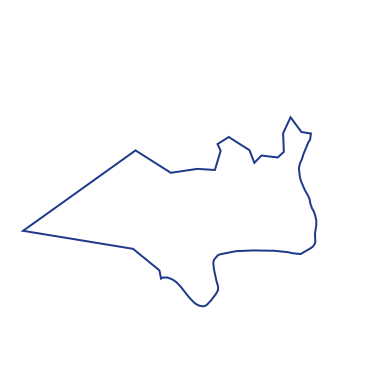 Hancock, Kentucky, United States of America, rotated 117°
{"feature_id": "52423323B75226033138099", "entity_name": "Hancock", "entity_type": "district", "adm_level": 2, "iso_a3": "USA", "parent_name": "United States of America", "parent_adm1": "Kentucky", "projection": "mercator", "projection_center": [-86.797, 37.827], "detail": "fine", "context": "isolated", "style": "outline", "palette": "blue", "viewbox_px": 384, "rotation_deg": 117, "n_neighbors": 0, "source": "geoboundaries", "source_scale": "gbopen_adm2", "svg_char_len": 1029}
<svg xmlns="http://www.w3.org/2000/svg" viewBox="0 0 384 384"><g transform="rotate(117 192 192)"><path d="M283.2,180.3L281.4,179.1L279.3,174.8L278.8,169.2L279.5,164.7L281.3,159.6L287.2,146.7L289.6,139.9L290.0,137.3L290.0,134.1L289.1,130.9L288.2,129.3L286.3,127.7L279.8,125.8L272.3,124.4L267.5,124.3L264.4,125.8L260.8,129.3L251.1,137.2L246.1,140.5L244.6,141.2L242.3,141.6L236.7,140.3L234.7,138.6L224.8,126.0L216.2,110.8L207.1,92.2L202.2,79.6L200.7,74.0L198.0,67.1L188.3,60.8L185.9,59.6L185.6,59.5L182.7,59.1L180.6,59.4L173.5,63.4L165.0,66.3L160.8,68.4L156.4,72.1L154.1,74.6L152.0,77.7L148.7,81.2L145.3,83.7L143.1,86.2L138.8,92.7L132.5,100.2L129.6,102.7L122.2,107.6L117.0,108.9L113.6,108.9L106.7,110.0L94.5,110.9L91.9,110.5L85.9,112.6L88.9,121.7L80.7,138.1L98.3,137.5L114.5,128.4L122.3,131.3L128.0,146.7L137.7,149.7L128.7,159.7L126.3,184.2L137.7,191.0L142.2,185.2L162.0,181.6L169.0,197.8L184.5,219.6L180.6,261.2L293.1,319.6L303.3,324.9L269.4,218.7L276.6,185.5L283.2,180.3Z" fill="none" stroke="#1e3a8a" stroke-width="2"/></g></svg>